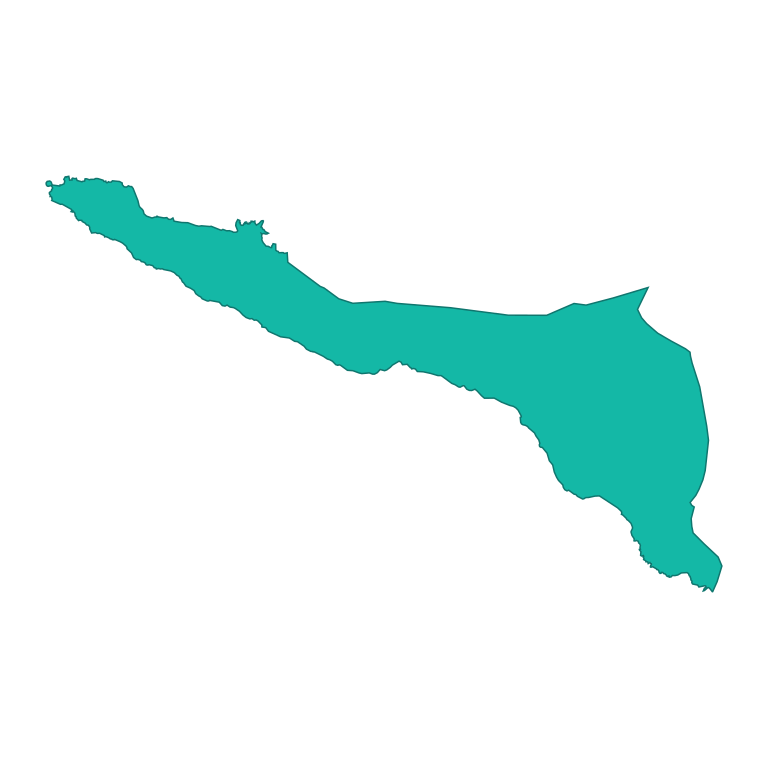 outline of Sima, Andjouân, Comoros
{"feature_id": "10938185B89113061759376", "entity_name": "Sima", "entity_type": "district", "adm_level": 2, "iso_a3": "COM", "parent_name": "Comoros", "parent_adm1": "Andjouân", "projection": "albers", "projection_center": [44.321, -12.244], "detail": "fine", "context": "isolated", "style": "filled", "palette": "teal", "viewbox_px": 768, "rotation_deg": 0, "n_neighbors": 0, "source": "geoboundaries", "source_scale": "gbopen_adm2", "svg_char_len": 6059}
<svg xmlns="http://www.w3.org/2000/svg" viewBox="0 0 768 768"><path d="M690.0,352.2L685.5,348.8L670.7,340.8L657.7,333.2L646.6,323.6L641.6,317.8L637.5,309.4L648.1,287.5L613.1,298.0L586.1,305.1L574.0,303.5L546.7,315.3L508.2,315.2L450.3,307.7L397.2,303.4L385.1,301.3L352.8,303.3L338.8,298.8L324.1,288.0L320.2,286.4L287.8,262.3L287.2,252.8L285.1,253.3L284.0,253.3L283.2,252.6L279.0,252.7L278.1,251.4L276.7,251.0L275.8,250.2L275.7,244.2L273.1,243.7L272.3,245.5L271.9,245.7L271.6,247.6L270.7,247.6L268.1,246.3L266.1,246.2L263.1,242.6L261.8,239.8L262.1,237.8L261.6,236.5L261.8,234.6L261.3,233.4L262.3,233.9L264.0,233.4L265.2,234.0L266.9,234.0L268.4,233.2L265.2,231.6L263.9,229.6L262.9,229.4L261.9,227.3L261.0,227.0L263.2,222.0L263.4,221.0L263.0,220.6L261.4,220.9L259.1,223.4L256.4,225.1L255.0,223.2L254.8,221.1L253.1,221.9L252.6,221.3L251.7,221.2L251.1,221.2L251.1,222.2L249.9,222.6L250.1,223.4L249.6,223.8L248.2,224.0L247.9,223.1L247.4,223.7L246.9,223.3L245.5,223.2L246.1,222.1L245.4,222.1L244.7,222.5L245.2,223.3L244.9,223.9L243.7,223.9L243.1,225.3L241.3,225.3L240.3,224.2L240.3,222.8L239.5,222.8L239.4,222.0L240.0,221.0L239.8,220.5L237.7,219.6L236.1,222.7L235.7,225.6L237.7,230.7L237.3,231.6L236.2,232.2L233.3,232.3L232.6,231.7L229.5,230.7L226.6,230.8L222.9,229.4L221.2,230.3L211.2,226.3L209.7,226.5L201.5,225.8L198.9,226.2L195.5,225.5L187.8,222.7L181.7,222.5L174.1,221.2L172.9,218.0L170.8,219.4L168.6,219.3L166.8,217.6L163.9,217.9L158.2,216.9L157.4,216.3L156.8,216.3L156.7,217.0L155.1,217.0L152.0,218.0L146.5,216.1L144.0,213.8L143.3,211.0L142.4,209.5L139.9,207.2L139.1,205.7L137.9,200.6L133.1,188.4L131.7,186.6L130.0,186.5L128.4,185.8L126.5,187.1L124.1,186.8L122.3,184.7L122.2,183.0L119.5,181.5L112.4,180.8L111.2,182.1L109.4,182.2L108.4,181.7L107.5,182.6L106.7,182.7L106.1,182.3L105.8,181.1L103.9,181.5L103.1,180.2L97.9,178.6L96.4,178.5L95.2,178.6L94.5,179.3L90.3,179.4L89.5,179.8L86.7,178.8L85.1,178.8L84.6,181.1L82.7,181.3L82.0,181.8L77.1,180.5L76.3,178.3L75.0,178.7L72.7,178.1L72.0,178.5L72.1,179.9L69.6,180.2L68.8,176.3L66.7,176.7L66.6,177.2L65.3,176.8L63.8,179.3L64.8,180.9L64.1,183.8L61.3,185.1L60.1,184.9L59.8,186.0L52.2,185.0L51.2,182.1L49.8,181.0L47.2,181.4L46.1,183.0L46.3,184.8L47.3,186.1L48.3,186.3L51.2,185.6L52.5,187.5L52.6,188.2L51.6,189.7L51.6,190.7L49.4,192.5L49.4,193.9L50.4,195.4L50.1,196.5L50.9,196.5L51.7,197.1L52.1,199.6L51.7,200.5L60.4,204.3L62.2,204.2L71.3,209.3L71.7,210.9L71.1,211.6L72.6,212.0L72.9,210.9L74.9,213.2L75.2,216.0L76.1,216.6L76.2,217.9L78.6,220.6L79.6,220.2L81.8,220.4L82.2,221.5L85.0,223.0L86.6,224.9L88.5,225.3L89.7,227.2L89.7,228.9L91.6,233.0L95.7,232.6L97.3,233.4L99.7,233.3L104.3,235.6L104.6,236.9L105.9,236.6L108.8,237.8L110.3,238.9L111.7,239.1L112.3,239.7L114.1,239.8L114.6,239.4L120.1,241.7L122.6,243.1L126.2,246.2L127.1,247.9L127.0,248.7L131.5,252.9L133.6,257.5L136.3,259.6L138.0,259.4L140.3,260.2L141.3,261.6L143.6,262.0L145.4,263.2L146.0,264.5L146.6,264.9L148.0,265.1L148.9,264.7L152.7,265.6L154.3,267.7L155.8,268.0L156.3,269.0L158.6,268.5L160.4,269.0L162.4,268.8L163.6,269.5L170.6,270.9L174.3,272.6L176.9,275.2L178.9,276.2L180.2,278.4L180.9,278.6L182.5,282.0L183.4,282.5L186.0,286.2L190.5,288.2L194.1,290.5L195.8,293.7L198.7,295.9L200.7,296.9L202.2,298.8L207.3,301.0L208.8,301.0L209.7,300.4L219.3,302.2L222.3,305.6L225.0,306.1L227.1,305.1L230.1,307.1L233.5,307.6L235.2,308.4L239.5,311.3L242.9,315.0L246.1,317.5L249.8,318.9L252.0,318.6L254.2,320.2L256.2,320.0L257.9,320.9L261.8,324.9L261.9,327.0L265.7,327.6L268.5,331.3L280.6,336.8L289.4,338.0L294.6,341.3L297.5,341.7L304.1,346.2L306.4,349.1L310.8,351.4L312.6,351.5L313.1,352.0L313.9,351.7L322.9,356.1L327.3,359.0L329.9,359.8L332.5,361.3L335.8,364.7L337.9,365.3L339.1,364.8L340.6,365.3L347.4,370.3L352.9,370.7L358.9,372.9L361.8,373.6L369.3,372.9L372.5,374.1L374.6,374.1L377.4,372.6L380.1,369.5L384.6,370.7L386.8,369.9L390.3,367.3L392.4,365.1L399.0,361.2L401.0,362.1L402.5,364.7L407.2,364.3L410.4,367.7L411.5,368.2L411.7,368.9L413.8,368.5L415.5,369.1L417.3,371.5L423.2,371.8L430.6,373.4L438.0,375.6L441.2,375.6L451.8,383.4L455.3,384.8L458.5,386.9L460.1,387.2L463.0,385.7L464.2,385.8L466.8,389.2L469.3,390.4L471.7,390.5L475.0,389.2L477.0,390.8L481.5,395.7L484.4,398.2L494.2,398.1L501.6,402.2L509.7,405.4L513.3,406.3L515.8,407.8L518.1,410.1L521.2,415.9L521.3,416.9L520.2,417.4L520.7,422.4L521.5,423.9L523.0,424.8L525.4,425.3L527.6,426.5L528.7,428.0L534.5,432.9L536.0,436.0L538.8,439.9L539.8,443.3L539.3,444.9L539.6,446.4L540.4,447.1L542.4,447.5L547.1,453.2L549.3,460.7L552.7,464.9L554.3,472.0L556.6,477.2L558.5,480.4L562.8,484.9L563.3,487.3L564.8,489.7L567.0,490.9L568.7,490.2L574.1,494.2L575.9,494.5L577.4,496.3L582.6,499.0L583.8,498.8L585.7,497.6L588.5,497.5L595.0,496.1L599.4,495.9L617.6,507.8L621.4,511.4L621.8,513.1L621.4,514.3L622.8,515.0L626.1,518.2L626.9,519.6L628.3,520.5L631.0,523.3L632.5,527.1L632.4,528.7L631.1,531.4L631.1,532.4L632.0,535.5L634.2,538.8L634.0,540.8L635.1,541.0L636.4,540.5L638.3,541.3L638.6,542.9L639.8,543.9L640.4,545.5L640.0,547.3L640.4,549.2L639.4,549.3L639.3,549.7L640.9,551.7L640.6,555.4L641.5,556.0L643.4,555.5L643.7,556.4L643.1,557.0L644.0,558.5L643.6,559.6L645.8,560.8L645.9,561.8L647.7,561.8L648.2,563.6L649.9,562.5L650.5,563.5L651.3,563.7L651.4,564.8L650.7,565.4L650.4,566.9L650.8,567.2L652.8,566.8L656.5,568.9L656.7,569.5L657.7,569.6L658.8,570.8L659.2,572.5L660.1,573.4L661.0,573.3L661.3,572.4L662.8,572.5L663.7,573.6L665.0,573.9L666.1,574.8L666.6,575.9L667.8,576.5L668.9,575.9L669.2,577.2L671.1,576.9L672.4,575.5L674.9,575.6L677.8,575.0L681.4,572.9L687.2,572.6L688.5,573.7L689.3,575.8L690.2,576.4L690.2,577.3L690.8,578.3L690.9,579.9L692.0,581.2L691.8,582.7L692.6,584.0L697.7,585.1L698.9,587.0L705.0,585.7L705.9,586.2L706.0,587.2L704.4,588.2L703.3,590.9L704.5,590.5L707.7,587.7L708.5,587.6L709.6,588.3L712.3,591.7L712.7,591.6L717.1,581.7L721.9,566.0L718.1,557.0L704.1,543.9L693.1,532.9L691.8,526.4L691.2,518.6L694.2,507.0L691.8,505.4L690.1,502.5L695.8,495.4L699.0,489.3L702.9,479.8L705.2,470.6L708.5,440.3L706.7,426.1L699.7,386.8L692.1,363.0L690.5,356.2L690.0,352.2Z" fill="#14b8a6" stroke="#0f766e" stroke-width="1.5"/></svg>